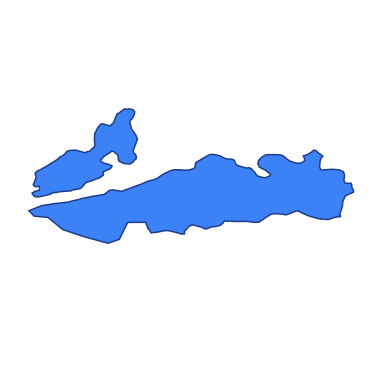 the district of Österåker, Stockholm, Sweden, rotated 194°
{"feature_id": "70781695B57297019096090", "entity_name": "Österåker", "entity_type": "district", "adm_level": 2, "iso_a3": "SWE", "parent_name": "Sweden", "parent_adm1": "Stockholm", "projection": "robinson", "projection_center": [18.439, 59.512], "detail": "fine", "context": "isolated", "style": "filled", "palette": "blue", "viewbox_px": 384, "rotation_deg": 194, "n_neighbors": 0, "source": "geoboundaries", "source_scale": "gbopen_adm2", "svg_char_len": 4420}
<svg xmlns="http://www.w3.org/2000/svg" viewBox="0 0 384 384"><g transform="rotate(194 192 192)"><path d="M222.1,142.5L218.6,143.6L214.5,145.3L210.8,147.2L207.5,148.4L203.9,148.9L196.8,148.9L191.8,148.7L189.3,149.5L189.1,150.2L189.9,151.9L188.6,153.9L186.7,157.9L183.8,160.2L180.4,160.3L172.9,160.1L171.3,159.2L169.3,159.6L166.9,161.3L164.7,162.8L161.4,164.0L157.5,165.8L155.5,167.7L154.4,169.4L153.4,171.9L151.0,172.0L147.8,173.1L143.5,173.7L135.3,175.8L130.9,176.9L124.9,177.5L120.0,178.7L117.9,180.9L114.7,184.5L112.4,187.0L109.7,189.7L105.4,191.3L100.3,192.1L95.2,192.6L90.8,195.5L87.9,197.7L84.8,199.4L80.9,198.4L77.4,197.8L73.2,197.1L64.1,196.7L60.0,196.9L57.5,197.7L55.1,197.8L52.9,198.3L50.1,200.2L48.1,201.6L45.2,202.9L42.4,204.0L42.3,203.9L42.0,204.7L43.1,205.2L43.2,206.6L42.9,210.0L42.7,215.6L43.4,218.9L42.9,221.8L42.5,224.5L41.2,226.3L38.7,228.3L36.4,229.9L35.3,230.9L35.5,232.3L36.8,234.0L38.1,235.1L38.7,237.7L40.0,239.0L40.7,238.6L42.9,238.2L44.8,237.6L46.1,238.2L47.7,240.7L47.6,243.1L48.5,246.1L50.2,248.3L54.0,249.1L58.6,248.5L62.7,247.6L64.9,246.8L68.5,245.8L70.5,244.7L72.8,245.2L74.3,247.4L74.8,250.7L75.3,253.7L74.4,257.4L73.7,258.3L74.9,259.1L77.8,260.1L80.0,261.1L81.6,262.1L84.0,262.1L85.4,260.1L86.5,258.8L88.3,256.9L91.6,254.6L92.6,254.1L91.9,253.0L91.0,251.5L90.3,250.5L90.2,249.7L91.9,247.6L94.0,246.2L95.3,245.6L99.7,245.3L103.5,245.6L106.7,246.4L109.9,248.0L112.1,249.1L115.1,249.4L119.2,248.6L123.1,247.7L125.1,247.2L127.8,246.6L129.1,245.9L130.5,245.0L133.3,241.9L135.1,238.7L134.9,235.3L132.8,232.6L130.4,231.8L126.3,231.0L122.9,229.4L120.2,228.5L120.2,226.7L123.4,224.3L124.5,223.4L129.1,223.2L133.0,223.5L135.4,226.0L136.6,226.7L138.3,227.8L140.2,229.1L142.8,229.4L144.1,228.6L146.8,228.4L152.8,228.7L155.4,229.0L157.3,231.1L158.9,233.2L162.7,233.4L164.6,232.7L167.9,232.5L171.1,233.3L174.6,233.9L178.3,233.9L181.8,233.3L183.9,232.5L186.1,230.6L190.1,226.8L191.8,224.9L194.6,222.5L195.4,221.1L195.3,219.1L195.3,215.9L196.8,214.6L200.1,212.7L204.2,211.4L209.3,210.6L215.0,209.2L218.1,207.4L221.6,204.6L225.8,200.7L228.6,197.2L231.3,195.2L233.7,193.8L237.6,191.6L243.1,187.4L250.0,182.8L254.0,180.0L258.0,177.4L260.1,175.7L264.0,175.4L269.0,174.9L272.4,173.7L274.8,170.7L276.6,168.4L279.6,167.1L282.8,165.7L288.5,163.3L292.9,161.1L297.6,159.0L299.9,157.4L303.9,155.4L309.9,152.2L315.6,150.0L321.8,147.8L328.0,145.1L334.5,142.4L345.8,134.4L339.3,130.4L325.6,132.5L308.4,124.3L286.3,122.5L261.0,121.9L251.1,128.5L247.0,146.9L229.7,151.4L226.0,146.0L222.2,143.1L222.1,142.5ZM340.9,158.9L340.6,156.8L343.2,155.3L345.0,154.3L346.9,152.2L345.7,150.9L344.5,150.0L342.0,149.5L339.1,150.4L336.2,151.7L331.9,154.1L329.2,155.4L326.3,158.1L324.1,158.4L320.8,160.1L315.0,162.1L309.7,163.8L308.1,165.2L305.4,166.3L303.5,167.2L301.9,167.9L300.1,169.6L297.3,175.3L293.9,177.5L291.7,178.8L287.9,181.6L284.9,183.5L283.8,184.8L282.0,187.1L282.7,188.4L283.0,190.0L281.4,191.4L278.4,193.6L277.2,194.6L276.0,196.6L276.0,198.1L280.0,198.7L284.2,198.7L285.9,199.1L287.8,199.9L288.5,200.9L287.8,201.8L287.4,202.5L286.9,203.6L286.0,205.2L284.8,206.7L283.2,208.2L281.8,209.8L280.8,210.6L280.4,211.7L279.5,212.4L277.3,212.0L274.8,210.9L273.3,210.4L272.5,208.8L271.9,207.6L271.4,206.1L270.8,204.6L269.0,204.0L267.0,203.5L265.0,203.2L262.3,203.5L259.0,204.2L257.5,205.6L256.3,207.1L255.4,209.3L254.4,210.4L254.3,211.4L254.6,212.9L255.8,214.6L256.9,215.3L258.3,216.1L259.0,218.0L258.7,221.3L258.3,224.1L258.1,227.2L257.7,229.9L258.6,231.5L259.8,233.0L260.5,234.0L261.9,235.0L262.8,236.1L264.2,237.1L265.2,237.8L266.4,239.4L266.9,240.1L267.4,241.3L268.0,242.4L269.2,244.4L269.2,246.6L268.4,247.9L267.6,249.0L267.2,251.3L266.7,253.2L266.8,254.5L267.1,256.2L269.0,257.5L271.3,257.6L273.6,257.3L274.7,256.6L276.8,256.4L278.2,255.9L279.0,254.4L280.4,253.0L281.9,251.0L283.6,249.8L284.0,247.4L284.5,243.7L284.7,241.3L285.0,240.1L286.6,237.8L287.3,236.4L289.6,236.3L292.5,236.5L294.9,236.6L296.6,235.9L297.6,234.5L299.2,231.0L299.6,228.8L300.5,225.2L299.5,219.7L298.7,217.2L297.5,213.9L297.4,212.8L299.3,210.0L301.1,206.9L301.9,206.3L303.8,205.5L305.3,204.2L309.0,204.3L311.5,204.4L314.7,204.5L316.9,203.9L319.3,203.2L321.1,202.5L323.1,201.3L324.7,198.0L326.4,195.7L328.8,193.8L330.3,191.3L333.2,188.2L336.0,185.3L337.9,183.3L340.3,180.9L344.9,176.7L347.5,174.7L348.7,172.2L346.9,168.9L347.1,164.6L347.9,161.0L346.8,159.6L344.7,159.2L341.8,160.8L340.9,158.9Z" fill="#3b82f6" stroke="#1e3a8a" stroke-width="1.5"/></g></svg>